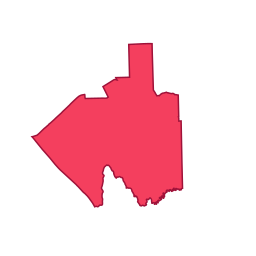 outline of Escobar, Buenos Aires, Argentina, rotated 211°
{"feature_id": "61730980B31258778220086", "entity_name": "Escobar", "entity_type": "district", "adm_level": 2, "iso_a3": "ARG", "parent_name": "Argentina", "parent_adm1": "Buenos Aires", "projection": "orthographic", "projection_center": [-58.819, -34.343], "detail": "fine", "context": "isolated", "style": "filled", "palette": "rose", "viewbox_px": 256, "rotation_deg": 211, "n_neighbors": 0, "source": "geoboundaries", "source_scale": "gbopen_adm2", "svg_char_len": 5392}
<svg xmlns="http://www.w3.org/2000/svg" viewBox="0 0 256 256"><g transform="rotate(211 128 128)"><path d="M205.8,71.1L203.9,70.5L199.9,69.0L190.3,65.5L185.5,64.0L179.6,62.1L171.8,59.3L166.9,57.8L164.6,57.2L148.1,53.8L142.8,52.7L142.4,52.5L140.6,52.1L133.9,50.1L132.7,49.8L131.5,49.7L127.9,48.8L125.4,47.9L119.6,45.4L116.6,43.7L116.0,43.3L115.0,44.5L114.6,44.6L113.6,44.8L113.3,45.0L113.0,45.4L112.7,46.5L112.6,47.1L112.4,47.4L112.0,47.6L111.1,48.1L110.7,48.6L110.5,48.9L110.6,49.4L111.0,50.2L112.3,52.2L112.9,53.6L113.7,54.6L114.1,54.8L114.6,55.3L115.7,57.1L116.2,58.3L116.4,58.7L116.4,60.1L116.6,60.6L116.8,60.9L117.5,61.4L118.8,62.0L119.7,62.7L119.9,63.0L120.0,63.4L120.4,65.3L121.8,69.3L122.6,70.7L123.4,71.7L123.7,72.3L123.9,74.6L124.1,74.9L124.4,75.1L125.1,75.2L125.9,75.5L126.5,76.1L126.8,76.7L127.0,77.1L127.2,78.7L127.9,80.5L128.1,82.1L128.1,82.5L128.0,82.9L127.2,85.2L126.9,85.4L126.0,85.5L125.8,85.7L125.5,86.0L125.1,86.0L124.4,85.8L123.3,85.3L122.3,85.0L121.2,84.1L119.6,83.2L119.2,83.2L118.3,83.3L118.0,83.1L117.6,82.6L117.1,82.2L116.6,81.4L115.9,80.9L115.1,80.2L114.8,80.0L113.9,79.4L113.2,79.4L112.5,79.0L112.3,79.0L112.2,79.2L112.3,80.1L112.2,80.3L111.6,80.5L111.4,80.7L110.7,81.3L110.4,81.8L110.1,82.1L109.3,82.1L108.5,82.0L108.1,82.1L107.8,82.4L107.5,82.5L107.3,82.5L106.7,82.2L106.0,81.7L105.8,81.5L105.7,81.1L104.6,80.2L103.5,79.7L102.6,79.2L102.3,79.1L101.9,78.8L101.4,78.2L101.1,78.1L100.9,78.0L100.3,77.6L99.8,77.3L99.1,76.6L98.8,76.5L98.5,76.6L98.3,76.5L98.7,76.0L98.7,75.8L98.6,75.7L98.1,75.9L97.8,76.4L97.4,76.6L97.0,76.7L96.6,76.7L96.2,77.0L95.9,77.2L95.4,77.4L95.2,77.5L94.6,77.6L93.9,77.5L93.3,77.2L91.9,75.8L91.1,75.4L90.6,75.3L90.3,75.1L89.7,74.5L88.6,74.1L88.4,73.9L88.2,73.6L88.2,73.3L87.7,72.8L87.6,72.6L87.5,72.4L87.3,72.4L87.2,72.5L87.2,73.1L86.9,73.4L86.5,73.6L86.2,73.6L85.8,73.2L85.6,73.3L85.5,73.6L85.4,73.8L85.2,73.8L85.1,73.7L84.7,73.3L83.7,72.7L83.3,72.3L83.2,72.1L82.3,71.4L82.0,70.5L81.7,70.0L81.7,69.7L80.0,69.0L79.3,68.6L78.6,68.5L78.1,67.9L77.8,67.8L76.6,68.0L75.8,69.1L75.5,69.4L75.1,69.5L74.3,69.5L73.9,69.6L72.9,71.0L72.7,71.5L72.8,71.9L73.6,72.2L73.8,72.4L73.8,72.6L73.8,73.5L73.6,74.1L73.7,74.4L74.0,75.0L74.6,75.6L74.9,75.7L75.3,76.0L75.3,76.3L75.3,76.5L75.2,76.6L74.5,76.9L73.8,77.1L73.6,77.2L73.5,77.3L73.4,77.6L73.5,78.1L73.3,79.2L73.1,79.4L72.6,79.5L72.4,79.4L71.3,78.9L70.9,78.6L70.4,77.9L69.8,77.0L69.3,76.5L69.0,75.9L68.5,76.0L68.3,76.1L68.2,76.7L68.0,77.0L67.7,77.1L67.1,77.1L66.8,77.0L66.4,76.5L66.0,76.3L65.9,76.4L65.8,76.6L65.8,77.0L66.4,77.7L66.3,78.1L65.9,78.0L65.5,77.5L64.9,77.2L64.6,77.2L64.4,77.4L64.5,77.7L65.3,78.7L65.4,79.1L65.4,79.3L65.3,79.5L65.0,79.5L64.2,79.3L63.9,79.3L63.7,79.5L64.0,80.0L64.5,80.2L64.8,80.6L64.9,80.9L64.8,81.6L64.6,81.8L64.4,81.7L64.0,81.5L63.9,81.5L63.6,81.7L63.4,82.4L62.7,83.7L62.6,84.0L62.8,84.2L63.2,84.3L63.5,84.4L64.8,84.0L65.0,84.1L65.1,84.3L65.1,84.6L64.9,84.9L64.6,85.2L64.3,85.3L63.3,85.5L63.1,85.6L62.9,85.8L63.0,86.2L63.2,86.3L63.6,86.4L64.0,86.3L64.1,86.5L63.9,87.3L63.5,87.6L62.8,87.7L62.5,87.7L62.4,87.4L62.6,86.8L62.5,86.4L62.2,86.0L61.7,85.9L61.4,86.1L61.3,86.4L61.3,86.7L61.8,87.4L61.4,88.0L61.5,88.3L61.7,88.5L62.2,88.6L62.2,89.4L62.3,89.7L62.5,89.9L63.3,89.2L63.5,89.2L64.0,89.6L64.2,89.9L64.3,90.2L64.1,90.5L63.4,90.2L63.0,90.5L62.7,91.0L62.4,91.4L62.2,92.5L61.7,93.0L61.7,93.4L62.0,93.4L62.5,93.4L62.6,93.5L62.8,94.2L62.7,94.6L62.4,94.9L61.8,95.2L61.6,95.2L61.3,95.1L61.1,94.9L60.9,94.8L60.8,95.0L60.9,95.6L60.7,95.7L60.3,95.4L60.0,95.3L60.0,95.6L60.3,96.0L60.4,96.3L60.4,96.6L60.3,96.8L60.1,96.9L59.8,96.9L59.0,96.6L58.5,96.5L58.1,96.2L57.8,96.3L57.6,96.7L57.2,97.2L57.2,97.5L57.5,97.6L58.1,97.6L58.2,97.9L58.0,98.1L57.7,98.2L57.6,98.4L57.9,99.5L57.8,99.8L57.7,99.9L57.4,100.0L57.2,99.6L56.7,99.4L56.7,99.1L56.7,98.7L56.4,98.5L56.2,98.7L55.9,99.0L55.7,99.1L55.3,99.0L55.0,99.1L54.9,99.3L54.8,99.6L54.9,99.8L55.6,100.0L55.8,100.6L55.7,100.9L55.3,101.0L54.7,101.0L54.3,101.2L54.1,101.1L53.9,101.1L53.9,101.3L53.6,101.5L53.1,101.6L52.9,101.6L52.3,101.3L52.0,101.2L51.8,101.4L51.7,101.7L51.9,102.2L51.7,102.3L51.5,102.0L51.2,101.9L51.0,102.0L50.6,102.4L50.6,102.6L50.7,102.8L50.9,103.3L50.5,104.2L50.2,104.4L64.0,126.2L86.1,161.4L88.0,160.1L89.4,162.3L90.6,163.7L90.4,163.9L101.9,182.1L102.3,181.9L103.0,181.7L104.3,181.2L104.5,181.1L104.9,180.7L106.1,180.9L106.5,181.0L107.0,180.9L107.8,180.5L108.2,180.0L109.7,179.4L110.3,179.3L110.6,179.0L111.3,179.0L111.5,178.9L111.7,178.7L112.0,178.7L112.6,178.4L113.3,178.5L113.6,178.3L114.0,177.9L114.4,177.4L115.7,176.1L116.0,176.0L116.7,175.1L116.9,174.8L116.8,174.7L117.2,174.1L117.6,172.9L117.8,171.8L117.9,171.7L118.4,171.6L119.0,171.2L119.2,170.9L119.4,170.7L119.5,170.5L119.2,170.2L122.2,171.7L123.1,172.3L125.8,173.6L146.1,205.2L150.8,212.7L154.2,210.7L158.4,208.0L170.4,200.0L152.8,172.3L164.4,164.9L163.1,164.0L162.1,163.5L162.3,163.4L163.3,163.3L163.8,163.0L164.4,162.7L164.9,162.1L170.8,150.6L160.9,144.3L161.3,143.2L161.9,142.5L162.2,142.2L165.8,140.1L179.8,131.3L180.6,132.0L181.7,133.6L182.1,134.2L182.4,134.4L183.8,133.2L184.7,132.4L185.4,131.6L185.6,131.3L186.4,130.0L187.2,127.8L188.4,123.6L189.5,119.6L190.0,117.2L190.4,115.9L190.6,115.0L192.4,108.7L192.9,106.4L194.0,102.8L194.5,101.1L194.9,99.8L195.6,97.1L197.1,92.2L197.7,90.8L197.8,89.6L198.2,88.6L198.9,86.3L199.6,84.4L200.6,80.7L201.3,77.9L202.0,75.7L202.2,75.1L202.6,74.6L205.1,71.7L205.8,71.1Z" fill="#f43f5e" stroke="#9f1239" stroke-width="1.5"/></g></svg>